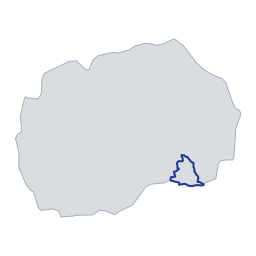 North Macedonia, with Gevgelija highlighted
{"feature_id": "MKD-2998", "entity_name": "Gevgelija", "entity_type": "Statistical Region", "adm_level": 1, "iso_a3": "MKD", "parent_name": "North Macedonia", "parent_adm1": "", "projection": "mercator", "projection_center": [22.379, 41.246], "detail": "fine", "context": "in_parent", "style": "outline", "palette": "blue", "viewbox_px": 256, "rotation_deg": 0, "n_neighbors": 0, "source": "natural_earth", "source_scale": "10m", "svg_char_len": 2564}
<svg xmlns="http://www.w3.org/2000/svg" viewBox="0 0 256 256"><path d="M113.5,52.3L118.4,53.0L129.1,49.9L135.7,45.7L139.1,45.1L143.6,43.4L150.1,43.7L156.6,45.5L165.0,43.1L173.2,39.1L176.4,40.1L180.0,43.5L182.3,44.4L195.9,62.1L203.4,69.3L212.2,74.7L222.2,78.7L225.8,82.5L232.1,101.2L235.2,108.3L239.4,110.5L240.5,112.5L240.6,115.2L235.9,128.3L233.9,157.7L232.7,160.0L227.7,159.9L221.1,160.5L218.6,162.8L215.9,178.5L205.2,183.0L195.5,185.5L187.3,184.9L173.0,181.2L168.3,180.8L164.3,182.9L151.5,184.1L145.8,186.8L132.6,205.1L119.2,211.4L114.7,214.6L104.4,210.6L99.5,210.2L92.5,214.9L76.9,215.3L72.7,216.1L60.8,216.9L60.3,214.3L58.1,210.7L52.5,208.9L41.1,210.4L38.3,207.7L33.6,192.2L30.0,189.7L25.9,184.4L18.9,167.5L18.7,160.0L19.2,153.5L15.4,138.3L17.7,134.4L21.3,132.0L21.3,125.8L20.3,116.4L24.6,98.0L25.7,96.7L26.8,97.6L37.1,99.0L39.7,96.7L41.4,93.1L41.9,79.5L44.4,73.3L69.2,61.4L76.5,60.9L82.1,66.4L86.5,69.9L89.2,69.8L90.2,66.3L93.2,59.5L98.3,55.6L113.3,52.3L113.5,52.3Z" fill="#d9dde1" stroke="#a8b0b8" stroke-width="1"/><path d="M203.7,184.9L202.4,185.4L200.4,185.5L197.6,185.1L196.1,185.1L194.5,185.6L193.2,185.9L191.8,186.1L189.2,186.0L188.2,185.6L186.3,184.4L185.5,184.0L184.4,183.9L182.2,184.3L180.5,184.3L179.8,184.8L179.2,184.8L179.1,184.3L178.9,182.8L178.7,182.4L177.9,182.1L175.2,181.8L171.9,180.7L170.9,180.6L170.4,179.2L170.6,178.8L170.7,178.0L171.0,177.3L171.5,177.1L173.0,176.8L174.2,176.9L174.8,176.8L175.1,176.7L175.1,176.1L174.9,175.5L174.7,175.0L174.5,174.0L174.3,173.3L174.0,172.5L174.1,171.7L174.4,171.7L174.7,171.6L175.2,171.6L176.2,171.1L176.9,170.5L177.8,169.8L178.2,169.7L178.7,169.4L178.7,168.7L178.5,168.4L178.0,168.4L177.5,168.2L177.4,167.5L177.4,166.8L177.4,165.3L177.4,164.7L177.2,164.3L176.9,163.7L176.9,163.2L177.4,162.5L178.1,161.7L178.5,161.3L179.3,161.2L180.3,161.2L181.5,161.3L182.2,161.3L182.6,161.1L182.8,160.6L182.8,159.7L182.7,158.8L182.3,157.6L182.1,157.2L181.6,156.6L181.6,156.0L181.6,155.4L181.7,155.1L182.9,155.3L183.7,155.3L184.4,155.4L185.2,156.4L186.4,156.9L187.3,157.0L187.9,157.5L188.6,158.7L190.0,160.3L190.8,161.5L191.4,162.1L192.3,162.5L193.0,162.5L193.3,162.7L193.5,163.5L193.5,164.6L193.4,166.9L193.9,167.9L194.4,169.6L194.4,170.8L194.4,171.7L195.1,172.0L195.4,172.5L195.4,173.0L195.8,173.7L196.3,174.5L196.5,174.5L196.8,175.0L197.4,175.6L197.8,176.3L198.2,177.0L198.3,177.6L198.3,178.2L198.2,179.1L197.9,180.0L197.7,180.6L197.7,181.2L197.6,181.7L197.8,182.0L198.3,182.0L198.9,182.0L199.8,182.1L200.7,182.6L202.1,183.3L203.4,184.2L203.7,184.8L203.7,184.9Z" fill="none" stroke="#1e3a8a" stroke-width="2"/></svg>